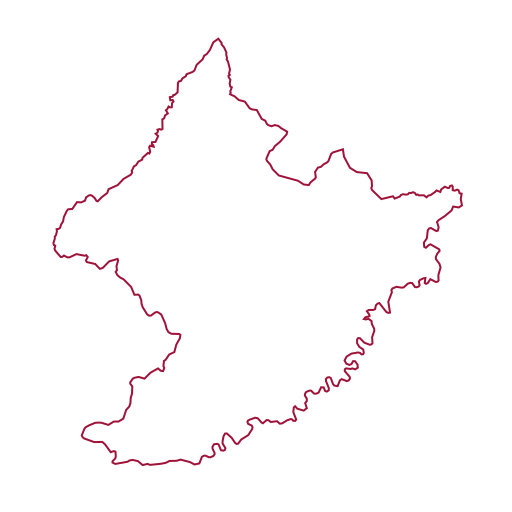 outline of Uberlândia, Minas Gerais, Brazil, rotated 93°
{"feature_id": "56859067B26403071497163", "entity_name": "Uberlândia", "entity_type": "district", "adm_level": 2, "iso_a3": "BRA", "parent_name": "Brazil", "parent_adm1": "Minas Gerais", "projection": "albers", "projection_center": [-48.327, -19.004], "detail": "fine", "context": "isolated", "style": "outline", "palette": "rose", "viewbox_px": 512, "rotation_deg": 93, "n_neighbors": 0, "source": "geoboundaries", "source_scale": "gbopen_adm2", "svg_char_len": 6046}
<svg xmlns="http://www.w3.org/2000/svg" viewBox="0 0 512 512"><g transform="rotate(93 256 256)"><path d="M183.0,53.9L182.7,55.9L179.7,57.2L179.2,58.6L180.3,60.8L180.0,63.0L176.4,63.2L175.3,64.1L175.9,65.8L177.8,66.6L178.1,68.0L176.9,71.0L179.7,74.5L182.4,75.3L181.1,79.2L182.8,80.7L186.0,84.8L186.7,87.1L188.5,88.8L186.6,91.5L186.9,96.6L186.1,97.8L186.6,99.2L184.6,100.8L184.1,102.6L185.0,104.4L184.9,106.3L186.3,107.4L186.9,109.2L186.6,112.5L187.6,114.6L189.1,115.5L191.4,120.5L189.2,122.4L192.6,133.8L183.9,143.7L182.1,144.4L180.2,143.8L174.4,144.5L167.5,149.4L166.9,159.8L163.0,166.8L152.2,173.3L144.9,174.8L148.6,184.7L150.1,186.3L157.5,188.7L159.0,190.1L160.6,192.9L163.6,195.9L164.5,198.8L168.9,201.4L174.3,200.4L175.6,201.0L179.5,205.3L182.4,207.0L182.1,212.0L178.6,218.1L174.4,237.4L168.5,243.9L164.0,246.5L160.4,250.0L159.2,250.7L157.5,250.5L150.5,247.8L149.1,245.0L145.3,242.9L140.5,237.8L132.9,231.8L130.2,231.4L127.0,237.7L124.9,240.5L124.3,244.2L125.6,247.3L124.6,250.7L123.5,252.1L120.4,253.8L118.8,257.5L110.2,262.8L109.8,267.7L108.9,270.0L102.4,275.2L101.1,281.4L97.7,285.7L95.8,290.4L94.4,289.8L92.9,290.3L88.8,289.0L88.2,290.5L85.2,291.3L81.3,290.8L78.8,292.7L77.4,292.9L76.5,291.6L75.1,292.5L71.2,291.7L63.1,294.2L61.3,295.6L59.7,295.3L56.4,296.3L54.4,296.2L49.3,298.8L46.6,301.4L45.1,301.5L41.0,305.0L44.8,309.8L52.6,312.8L57.0,315.8L58.6,318.2L62.4,319.6L68.1,325.2L74.0,327.2L75.7,329.3L78.1,334.9L80.1,335.5L82.4,338.7L85.1,340.1L85.6,342.0L87.1,343.0L96.7,342.9L99.4,345.7L99.7,347.1L101.2,347.5L101.9,350.4L105.0,349.7L104.6,347.4L106.0,346.5L107.7,347.8L111.9,347.9L112.1,349.6L111.3,351.1L114.1,352.4L115.2,353.6L118.2,351.5L120.4,354.2L123.3,354.9L124.5,356.7L134.0,356.0L134.8,357.3L134.3,358.9L135.0,361.0L136.5,360.4L138.1,361.0L139.2,362.6L141.3,360.0L147.4,362.4L147.8,365.8L149.8,365.9L150.7,364.4L152.2,363.9L151.5,367.7L152.9,368.4L157.5,367.1L159.3,367.9L158.7,369.3L163.8,374.4L165.7,374.7L167.9,378.4L171.5,380.5L172.9,382.6L177.6,384.6L179.0,384.0L181.4,385.3L185.9,392.3L192.4,397.8L197.0,406.7L200.9,407.9L205.5,413.3L209.7,416.9L209.3,418.2L206.6,420.1L204.5,422.7L203.8,424.3L204.4,426.3L206.3,428.7L209.7,429.7L211.6,433.4L211.6,437.6L218.6,441.9L219.2,446.1L221.0,447.4L227.2,449.9L231.6,450.5L234.5,452.2L238.0,453.1L239.2,454.4L239.6,456.5L242.0,456.1L245.8,456.9L247.3,458.0L249.2,457.8L253.7,459.0L255.6,458.4L256.2,457.0L259.4,457.6L261.1,456.8L267.2,451.0L267.0,449.4L265.6,447.8L267.2,444.4L267.1,442.2L263.5,435.4L264.7,427.1L264.1,425.5L265.8,424.0L269.4,425.6L270.9,424.7L272.4,416.1L277.0,411.3L275.9,408.4L269.0,402.3L266.2,394.1L267.8,393.5L273.5,394.8L277.5,394.1L279.2,395.3L280.6,394.5L282.3,393.5L284.7,390.4L286.2,387.0L293.4,379.1L301.1,375.4L300.7,371.5L301.6,370.3L306.3,368.2L309.6,367.8L313.2,366.4L320.0,361.6L321.1,359.8L321.0,357.8L317.7,353.8L317.1,352.1L317.6,350.4L319.3,347.7L321.0,346.7L327.9,343.2L333.6,341.4L336.7,339.4L338.1,336.3L337.9,328.7L338.6,327.4L342.1,327.7L348.8,331.0L356.2,332.5L358.9,337.5L364.5,340.9L365.6,342.4L370.8,342.7L372.6,341.7L375.8,342.8L375.6,345.1L373.4,348.0L378.1,355.3L384.3,360.9L382.9,366.9L384.0,371.1L384.9,372.6L388.8,375.0L390.1,374.9L392.7,372.7L399.8,372.6L404.4,373.7L409.5,373.7L413.0,374.7L416.5,377.6L425.4,380.0L428.5,384.6L428.8,389.4L432.4,394.6L430.6,401.7L430.6,404.5L431.0,407.8L433.5,413.2L435.9,417.1L437.5,418.3L444.3,420.6L446.0,419.7L447.2,418.1L450.3,407.8L449.7,399.7L452.1,396.8L459.5,390.8L458.3,387.9L458.7,386.1L463.5,385.5L465.6,386.0L468.4,388.5L469.8,388.5L471.0,385.6L468.2,373.5L466.9,371.8L466.1,368.5L467.0,363.2L470.7,358.3L469.3,353.3L470.1,351.2L469.8,348.6L468.3,339.2L467.1,334.9L465.2,331.7L464.7,324.8L463.3,320.6L465.3,311.0L467.4,306.5L466.1,301.7L459.4,299.5L458.1,297.5L458.1,295.7L459.4,292.7L459.3,290.7L457.9,288.1L456.2,287.0L454.7,287.1L450.9,289.2L448.8,289.5L446.2,288.1L445.6,284.8L446.2,283.5L451.8,280.8L452.1,278.4L451.4,277.0L449.5,276.5L445.1,279.5L443.1,279.7L437.8,279.0L435.0,277.7L434.7,275.9L438.8,270.8L443.7,267.1L444.7,265.7L444.4,264.1L440.0,261.1L435.3,254.4L428.9,250.7L427.1,250.5L425.5,251.4L424.1,255.0L422.1,255.9L420.8,255.4L419.8,253.8L417.5,248.3L418.0,245.7L422.0,241.8L422.7,240.4L419.3,236.8L419.3,235.0L421.0,232.6L419.9,226.4L422.2,223.5L421.8,221.2L418.5,216.4L417.0,212.8L417.4,211.2L418.6,210.2L418.6,208.2L417.2,207.3L409.9,210.6L405.2,210.3L404.0,209.1L406.3,206.8L407.9,200.3L405.3,197.3L400.3,199.2L398.2,197.7L395.9,197.8L392.7,199.9L390.7,199.7L389.1,198.7L387.6,195.5L387.6,193.9L390.4,190.8L390.3,188.6L389.2,186.4L383.7,184.1L383.7,181.5L387.2,179.9L387.7,178.2L386.4,176.4L384.3,176.3L377.3,179.5L375.2,179.8L373.6,178.4L373.2,176.5L373.9,175.0L380.0,172.3L381.3,171.0L381.7,167.7L375.8,165.7L374.5,164.0L376.2,158.6L375.3,156.8L373.5,155.8L371.8,156.1L366.2,161.4L364.4,161.3L363.5,160.2L363.9,155.5L363.2,154.1L364.0,151.0L362.2,148.5L359.2,148.9L355.9,151.6L355.9,153.5L358.9,155.0L359.9,157.1L358.8,160.2L355.6,162.1L351.7,160.2L348.5,155.6L347.0,149.0L347.3,147.1L348.7,145.5L348.5,143.9L347.1,143.3L343.8,144.0L341.3,148.1L337.9,150.4L334.3,150.7L332.7,149.8L332.6,148.0L336.9,143.3L338.7,137.6L338.2,136.1L337.0,135.1L331.1,135.8L324.4,133.9L322.4,134.2L317.9,136.7L314.8,137.3L312.8,140.5L313.6,142.9L313.3,144.9L311.4,143.5L310.2,139.5L308.6,139.8L305.3,142.4L304.0,140.6L303.7,136.1L302.9,134.3L299.0,133.7L297.2,132.1L296.5,130.4L305.1,122.9L305.9,121.0L305.5,119.2L294.7,121.5L285.1,118.4L283.0,119.0L281.3,118.1L279.4,114.1L280.0,109.1L279.6,106.8L275.7,103.0L274.7,100.6L274.9,98.6L278.7,95.6L278.8,94.0L278.0,92.0L276.7,91.1L272.9,92.0L271.3,90.9L269.5,87.6L269.1,85.7L274.1,86.1L274.9,84.8L274.1,83.1L270.0,80.7L272.6,74.9L272.1,73.3L271.0,72.4L265.6,72.9L257.7,71.1L254.2,72.4L249.6,76.2L247.6,76.4L244.2,75.1L241.2,72.9L239.7,73.5L235.2,82.4L236.2,84.2L238.9,86.8L238.0,88.5L233.8,89.0L229.4,86.3L221.3,85.8L219.5,84.6L218.9,82.8L221.7,77.2L221.1,75.7L217.8,75.1L212.6,77.0L210.8,75.7L206.2,69.5L200.3,63.1L196.3,61.7L196.9,56.0L194.7,53.0L188.3,54.5L183.0,53.9Z" fill="none" stroke="#9f1239" stroke-width="2"/></g></svg>